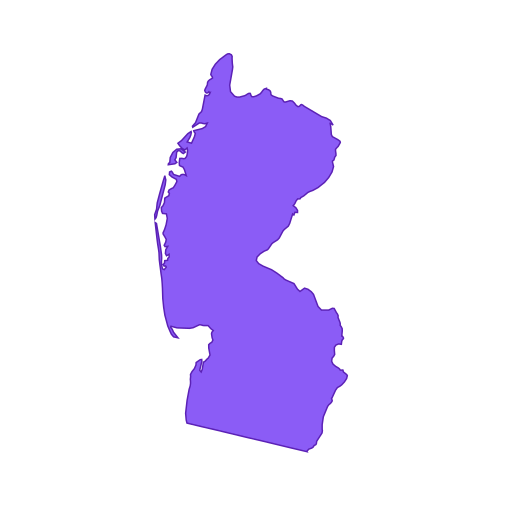 the State of New Jersey, rotated 164°
{"feature_id": "USA-3558", "entity_name": "New Jersey", "entity_type": "State", "adm_level": 1, "iso_a3": "USA", "parent_name": "United States of America", "parent_adm1": "", "projection": "robinson", "projection_center": [-74.673, 40.14], "detail": "fine", "context": "isolated", "style": "filled", "palette": "violet", "viewbox_px": 512, "rotation_deg": 164, "n_neighbors": 0, "source": "natural_earth", "source_scale": "10m", "svg_char_len": 5506}
<svg xmlns="http://www.w3.org/2000/svg" viewBox="0 0 512 512"><g transform="rotate(164 256 256)"><path d="M145.8,360.5L146.4,361.5L147.2,362.3L148.2,362.9L148.5,359.7L150.1,352.0L149.7,349.7L145.1,345.1L143.6,343.1L143.7,341.8L146.7,338.8L149.3,337.3L150.2,336.5L150.6,334.9L150.9,332.6L151.4,330.6L153.3,329.1L153.9,327.9L154.8,326.7L156.3,326.2L156.6,325.4L156.8,320.6L159.8,315.8L164.5,311.4L169.8,307.9L177.5,304.7L183.3,303.4L186.3,303.2L188.6,302.8L193.6,300.6L196.9,299.8L197.0,299.6L198.0,298.8L200.2,299.4L202.3,297.9L204.2,295.7L206.4,294.1L204.4,291.5L203.5,288.4L204.1,286.4L206.5,287.3L208.3,285.0L209.2,286.3L214.6,278.1L216.7,275.8L221.5,273.7L223.3,272.5L228.7,266.9L230.8,265.6L235.9,264.1L237.3,263.5L242.1,259.5L243.4,258.8L246.8,258.4L251.3,257.0L255.3,254.7L257.0,251.5L255.5,247.9L252.0,244.3L244.8,238.5L240.5,233.6L235.9,227.5L235.5,226.5L234.2,224.9L227.1,219.0L225.3,212.7L223.5,209.8L218.2,211.7L215.2,209.7L212.7,206.4L211.3,203.3L210.3,190.4L208.0,186.0L201.1,184.0L197.0,184.7L195.3,184.0L194.3,179.4L193.7,177.7L193.5,176.0L194.1,174.3L193.6,169.1L193.7,167.5L194.2,166.2L193.6,164.6L193.2,162.5L193.7,160.3L195.6,155.5L195.2,155.4L194.7,154.2L194.5,152.9L195.1,152.2L196.1,151.7L197.1,150.4L198.3,147.6L200.8,148.7L203.6,148.4L205.8,146.7L206.7,143.7L207.5,139.7L209.1,138.1L211.0,136.9L212.3,134.0L211.8,130.9L209.9,128.0L207.8,125.8L206.8,124.4L206.6,123.4L206.0,122.9L205.2,122.7L204.4,122.6L203.9,122.4L203.9,121.8L204.0,121.0L203.9,120.4L202.4,118.3L201.5,117.0L201.2,115.8L202.7,113.2L205.7,110.6L209.0,108.6L211.0,107.8L214.0,107.1L216.5,105.1L222.1,98.6L222.6,98.4L222.6,98.0L222.6,96.0L223.1,95.2L224.4,94.2L225.9,93.4L226.8,93.1L228.6,91.7L235.6,82.9L238.9,75.6L240.2,71.0L240.3,69.9L241.3,67.7L248.6,61.3L248.9,60.9L249.6,59.2L250.0,58.6L250.7,58.1L252.2,57.9L254.0,56.4L255.4,56.0L258.4,55.8L261.1,54.2L261.0,53.9L274.4,61.4L287.8,69.0L301.2,76.6L314.7,84.1L328.1,91.7L341.5,99.3L355.0,106.8L368.4,114.4L368.3,117.5L367.0,124.2L362.0,136.3L357.0,146.3L355.1,149.2L354.0,151.7L353.4,154.0L353.1,155.6L352.1,158.0L351.6,160.2L349.4,162.5L346.3,164.7L343.8,167.7L342.9,170.1L340.9,170.8L338.2,171.7L336.7,171.5L337.1,169.6L341.6,161.7L340.7,159.6L338.8,162.0L337.9,164.0L336.7,166.5L335.6,168.5L334.1,168.8L331.7,170.3L330.1,171.0L327.5,173.5L326.8,180.5L325.9,183.8L324.3,184.7L322.2,185.3L320.6,187.1L320.7,189.6L320.2,193.5L319.4,194.9L317.6,196.1L319.4,198.5L321.2,202.3L325.9,203.7L328.1,205.1L329.3,205.5L336.2,204.4L339.8,204.8L351.7,208.7L357.1,211.9L357.7,211.0L356.7,208.6L356.3,205.5L353.6,198.9L357.5,201.0L358.9,204.1L359.4,207.4L360.1,213.1L359.9,224.2L358.9,232.1L357.3,240.9L354.8,250.8L353.8,255.2L352.8,260.1L352.1,265.4L351.3,270.5L350.8,273.9L350.0,279.0L348.3,286.1L347.8,289.7L347.2,294.7L346.5,299.3L343.7,315.9L342.7,314.7L345.3,291.4L346.5,283.0L347.3,279.8L348.5,276.5L349.3,272.7L349.4,269.4L348.0,268.2L345.3,270.0L345.6,271.3L347.1,271.6L347.6,273.4L346.0,274.3L345.0,276.7L342.2,276.2L341.4,278.0L339.7,279.0L339.1,281.6L341.9,280.9L342.4,283.4L341.0,286.9L338.2,289.6L340.8,290.0L341.3,291.6L339.0,294.2L337.7,296.7L338.4,299.8L339.2,302.6L339.0,303.8L336.5,306.8L333.8,310.8L330.9,316.6L330.5,321.2L334.1,322.7L334.4,325.1L333.8,327.9L333.6,328.7L331.6,329.9L329.3,332.6L327.7,336.8L323.2,338.0L322.0,340.1L322.7,341.7L321.4,343.4L318.7,344.1L316.7,344.4L314.6,346.2L311.6,349.3L311.4,351.6L315.0,355.1L316.9,358.1L315.9,360.6L314.0,360.9L313.3,359.6L313.0,357.9L312.6,357.0L307.5,353.6L305.4,354.8L303.6,354.6L302.1,353.7L300.9,352.5L301.0,358.7L301.7,361.6L303.3,362.9L304.6,364.1L304.1,366.8L302.4,370.8L300.3,370.3L298.8,369.5L297.3,369.3L295.3,370.8L294.4,372.2L293.4,374.3L292.6,376.7L292.5,378.8L295.0,377.6L297.2,379.5L298.9,382.8L300.0,385.9L295.8,387.5L287.8,392.4L284.1,393.6L284.1,392.7L285.3,390.3L287.0,388.1L290.7,384.6L286.9,382.2L282.4,387.5L280.6,390.5L281.3,392.7L281.3,393.6L272.5,393.3L268.8,394.3L266.2,397.2L268.7,397.2L270.5,398.0L272.0,399.0L273.8,399.5L281.3,397.2L281.3,398.3L277.4,400.8L271.7,408.2L268.6,409.8L267.1,411.9L260.6,424.7L259.2,423.6L257.7,423.5L256.3,424.2L255.0,425.8L255.7,425.8L255.8,426.0L255.8,426.3L256.0,426.9L257.4,426.1L258.6,426.3L259.4,427.3L259.7,429.2L259.0,430.3L255.7,433.8L254.6,436.4L253.5,437.4L252.1,438.1L248.8,439.0L248.6,440.3L249.2,441.8L249.4,443.0L246.7,447.6L242.2,451.6L236.8,454.8L228.9,457.8L227.4,458.1L225.9,457.8L224.2,456.2L223.9,454.5L224.5,452.7L225.0,450.6L225.7,447.5L226.2,444.2L227.4,441.4L234.2,427.5L235.2,421.0L232.6,415.5L230.4,414.0L228.2,413.3L222.7,413.2L221.6,413.4L219.3,414.1L218.0,414.3L216.7,413.9L216.6,413.0L216.6,411.7L216.1,410.3L214.3,409.7L211.4,409.8L207.1,410.8L205.2,412.1L203.7,413.3L202.1,414.2L199.7,414.3L199.9,413.5L198.0,412.3L196.9,410.8L196.7,409.4L197.1,407.4L196.9,406.4L195.7,405.1L190.8,401.4L188.9,400.6L187.7,399.8L186.7,396.6L185.7,395.9L180.5,395.9L178.3,394.9L176.9,392.4L175.9,389.8L174.5,388.0L173.2,387.9L172.2,388.4L171.3,389.0L170.6,389.1L169.6,388.3L168.9,387.4L168.4,386.6L154.5,371.9L150.3,369.1L147.2,365.7L145.8,360.5ZM338.3,326.2L340.3,322.3L341.5,320.4L343.0,319.3L342.0,323.7L338.7,328.4L336.3,334.3L331.3,342.7L324.8,353.2L321.5,358.3L321.6,357.0L321.7,356.2L321.7,354.1L323.7,349.4L334.6,331.0L338.3,326.2ZM307.5,370.8L306.3,367.8L308.5,367.0L315.2,367.9L314.9,368.7L313.7,369.5L313.1,369.7L311.3,374.3L307.4,378.4L302.8,380.5L298.4,379.7L295.3,375.4L297.6,374.5L298.9,375.9L300.0,377.9L301.9,378.8L303.7,377.6L305.7,372.6L307.5,370.8Z" fill="#8b5cf6" stroke="#5b21b6" stroke-width="1.5"/></g></svg>